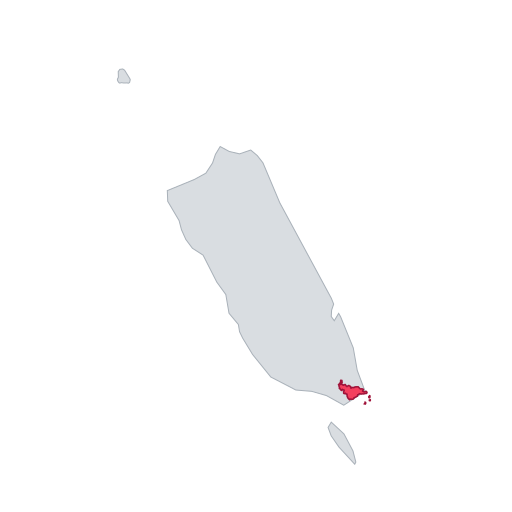 location of Fajardo, Puerto Rico, rotated 60°
{"feature_id": "32010507B96449576459370", "entity_name": "Fajardo", "entity_type": "district", "adm_level": 2, "iso_a3": "PRI", "parent_name": "Puerto Rico", "parent_adm1": "", "projection": "mercator", "projection_center": [-65.654, 18.33], "detail": "fine", "context": "in_parent", "style": "filled", "palette": "rose", "viewbox_px": 512, "rotation_deg": 60, "n_neighbors": 0, "source": "geoboundaries", "source_scale": "gbopen_adm2", "svg_char_len": 3986}
<svg xmlns="http://www.w3.org/2000/svg" viewBox="0 0 512 512"><g transform="rotate(60 256 256)"><path d="M340.6,217.5L346.0,221.1L351.2,220.6L347.0,213.1L350.9,213.1L384.2,217.7L405.6,225.5L427.7,229.2L429.1,254.6L412.1,264.8L401.0,275.5L392.0,288.5L368.2,303.7L339.6,308.2L320.5,308.6L313.4,308.1L306.5,305.5L292.1,308.0L274.3,301.4L259.0,303.0L228.8,301.4L217.5,307.2L206.6,308.5L196.0,307.4L186.9,304.9L164.5,305.1L155.0,300.1L158.9,271.1L159.2,258.0L153.7,247.1L147.7,240.3L143.3,232.3L152.1,226.9L159.3,219.2L161.6,207.6L169.6,204.7L178.8,203.4L221.8,208.8L330.3,211.9L336.5,212.8L340.6,217.5ZM463.0,279.7L449.4,280.8L440.5,279.3L437.5,273.9L454.0,268.8L473.3,269.5L484.4,272.6L485.7,274.6L463.0,279.7ZM37.5,288.0L35.9,288.2L34.2,288.0L33.5,287.5L32.4,285.8L27.4,283.1L26.3,280.6L27.4,277.9L29.4,276.9L39.5,276.6L40.5,276.8L42.5,278.7L42.6,280.0L41.6,281.2L39.8,284.4L39.1,285.2L38.5,286.1L38.2,287.5L37.5,288.0Z" fill="#d9dde1" stroke="#a8b0b8" stroke-width="1"/><path d="M406.0,244.7L406.1,245.0L406.7,245.2L406.8,245.4L407.4,245.7L407.6,246.2L408.0,246.3L408.2,246.5L408.6,247.2L408.8,247.3L408.6,247.6L408.3,247.7L408.7,248.3L408.6,248.7L408.7,248.9L409.1,248.9L409.2,248.7L409.6,248.7L410.4,249.3L411.1,249.4L411.3,249.4L411.6,249.5L411.9,249.5L412.0,249.8L412.2,250.0L412.6,250.0L412.8,249.6L413.2,249.5L413.4,249.6L413.7,249.5L414.3,249.1L414.6,249.1L414.8,249.4L415.3,249.0L415.0,248.8L414.9,248.5L415.2,248.6L415.2,248.3L415.0,248.0L415.0,247.8L415.3,247.7L415.5,247.3L415.8,247.1L415.9,246.9L416.2,246.7L416.5,246.8L416.9,247.2L417.0,247.6L417.5,247.9L417.7,248.1L417.9,248.2L418.2,248.5L418.6,248.7L418.9,248.7L419.3,248.1L419.5,248.1L419.7,247.8L419.7,247.1L420.0,247.1L420.3,246.9L420.6,247.0L420.8,246.9L421.1,246.3L421.8,246.5L422.3,246.9L422.7,246.9L422.9,247.1L423.0,247.1L423.3,247.3L423.8,247.2L424.0,247.3L424.1,247.2L424.7,247.5L425.6,247.3L425.5,247.2L426.0,246.9L426.4,246.9L426.5,246.9L426.7,247.1L427.3,246.8L427.2,246.1L427.2,245.9L427.2,245.6L427.6,245.1L428.3,244.2L428.4,243.8L428.5,243.4L428.4,242.9L428.3,242.5L428.3,242.4L428.2,242.3L427.7,241.9L427.9,241.2L428.0,240.6L428.0,239.1L428.0,238.9L428.1,238.2L427.6,237.8L427.3,237.6L427.0,237.3L427.2,236.8L427.2,236.6L427.3,236.1L427.2,236.0L427.0,235.5L426.9,235.4L427.2,234.9L427.4,234.8L427.8,234.3L428.0,234.1L428.5,233.3L428.5,233.2L428.8,232.3L429.1,232.0L429.3,231.8L429.6,230.6L429.8,230.0L430.2,229.4L430.2,228.8L430.2,228.7L429.6,228.0L429.3,228.0L428.8,228.1L428.5,228.1L428.4,228.3L428.0,228.8L428.0,229.2L428.0,229.5L427.9,230.1L427.2,230.8L426.4,231.3L425.9,230.9L425.9,230.6L425.8,230.1L425.1,229.7L424.8,230.0L424.4,230.2L424.2,230.4L423.8,231.0L423.3,232.1L422.9,232.3L421.6,232.6L421.0,232.8L420.5,232.8L420.3,233.1L420.1,233.3L419.8,234.1L419.6,234.2L419.5,234.4L419.5,234.5L419.2,235.1L418.9,235.5L418.8,235.8L418.9,236.1L419.1,236.3L418.9,236.9L418.7,237.0L418.7,237.5L418.4,237.7L418.4,238.0L417.7,238.6L417.9,238.9L418.0,239.6L417.6,240.0L417.1,239.8L416.8,239.6L416.1,239.5L415.5,239.7L415.2,240.1L414.9,240.3L414.6,240.3L414.4,240.7L414.5,241.5L414.4,242.1L414.5,242.4L414.4,242.4L413.9,242.6L413.7,242.9L412.0,242.9L411.7,243.3L411.8,243.7L411.7,244.1L411.7,244.8L411.1,244.9L410.9,245.1L410.9,245.5L410.4,245.6L410.2,245.8L409.8,245.9L409.7,246.3L409.4,245.8L409.0,245.3L408.8,244.8L408.5,244.9L408.2,244.7L407.7,244.2L407.3,244.1L407.0,243.9L406.6,243.9L406.3,244.4L406.0,244.7ZM433.7,227.5L433.9,227.8L434.1,228.1L434.1,228.5L434.3,228.8L434.8,229.0L435.2,229.0L435.5,228.8L435.6,228.3L435.3,228.0L435.2,227.9L434.9,227.7L434.6,227.5L434.2,227.5L433.9,227.3L433.7,227.5ZM437.1,234.6L437.8,235.2L438.0,235.4L438.1,235.9L438.2,236.1L438.6,235.7L438.9,235.3L438.6,234.8L438.1,234.4L437.5,234.3L437.2,234.5L437.1,234.6ZM437.6,228.9L437.4,229.2L437.6,229.6L437.7,229.8L437.6,230.0L437.9,230.1L438.0,230.0L438.2,229.9L438.3,229.8L438.4,229.7L438.4,229.4L438.2,229.3L438.1,229.1L437.8,229.0L437.7,228.9L437.6,228.9Z" fill="#f43f5e" stroke="#9f1239" stroke-width="1.5"/></g></svg>